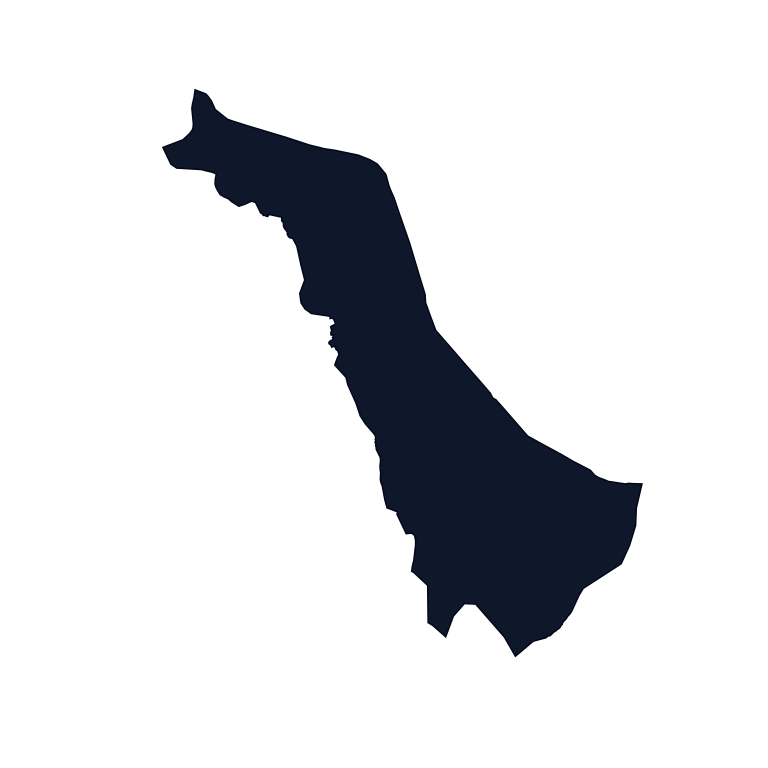 outline of Arewa Dandi, Kebbi, Nigeria, rotated 108°
{"feature_id": "59680162B65662189989638", "entity_name": "Arewa Dandi", "entity_type": "district", "adm_level": 2, "iso_a3": "NGA", "parent_name": "Nigeria", "parent_adm1": "Kebbi", "projection": "orthographic", "projection_center": [4.072, 12.682], "detail": "fine", "context": "isolated", "style": "filled", "palette": "ink", "viewbox_px": 768, "rotation_deg": 108, "n_neighbors": 0, "source": "geoboundaries", "source_scale": "gbopen_adm2", "svg_char_len": 4419}
<svg xmlns="http://www.w3.org/2000/svg" viewBox="0 0 768 768"><g transform="rotate(108 384 384)"><path d="M602.3,174.9L582.5,162.6L575.1,151.3L574.7,151.1L574.3,151.1L573.5,150.5L573.0,150.2L572.8,149.9L572.6,149.3L572.4,148.8L572.1,148.4L571.7,148.1L571.4,148.0L571.0,147.7L570.8,147.5L570.2,147.3L569.7,147.0L569.3,146.9L568.9,146.6L568.2,146.3L567.8,146.0L567.2,145.6L566.8,145.2L566.3,144.8L565.9,144.4L565.0,144.0L564.1,143.3L563.3,142.8L562.5,142.1L561.9,141.8L560.9,141.3L559.9,141.2L558.8,140.9L558.2,140.5L557.6,140.2L557.1,140.3L556.5,140.3L556.1,140.3L555.8,140.3L555.5,140.2L555.0,140.1L554.4,139.8L553.7,139.5L552.8,139.0L551.9,138.7L551.1,138.3L547.6,137.3L546.8,136.8L545.5,136.3L544.3,135.9L543.7,135.7L543.0,135.4L532.3,134.1L525.1,133.3L516.8,131.4L481.7,102.9L461.7,100.6L440.8,101.0L424.0,105.7L399.3,107.8L402.2,117.7L402.7,120.2L404.5,123.7L407.3,140.6L407.3,141.3L407.1,142.0L406.8,147.4L406.8,148.6L406.8,149.3L406.7,149.6L406.8,150.1L406.8,150.4L406.8,150.5L406.7,150.6L406.7,150.8L406.6,151.1L406.6,151.4L406.5,151.9L406.4,152.4L406.1,153.4L405.8,155.2L402.3,161.1L399.0,180.9L396.4,192.7L395.4,197.9L392.7,212.7L389.2,231.0L389.0,231.5L369.0,264.8L364.3,272.9L364.2,274.5L364.0,274.8L363.9,275.5L363.9,276.1L363.6,276.3L359.9,280.1L357.3,284.3L354.1,289.6L342.9,308.3L338.6,315.5L335.3,320.9L330.0,329.7L317.0,351.4L309.8,357.1L302.7,362.7L293.8,369.6L286.1,372.6L269.7,384.1L242.2,403.1L217.8,421.6L203.7,432.1L199.6,435.8L196.1,438.9L193.0,441.2L184.0,447.1L176.9,458.3L176.0,462.3L175.1,466.6L174.3,478.9L176.9,502.9L178.7,513.5L179.8,529.3L179.7,552.3L180.2,576.3L180.6,594.2L180.7,608.9L180.6,614.8L175.1,629.3L174.9,629.5L168.2,635.6L164.7,640.4L164.4,640.9L163.2,643.2L162.6,654.6L169.5,653.3L176.3,652.7L181.0,652.0L185.2,650.2L191.1,647.6L195.3,645.8L198.8,644.9L201.4,644.8L205.8,646.2L214.0,650.8L227.3,667.4L240.7,654.7L242.7,647.9L236.5,624.0L236.2,618.5L235.7,613.4L235.9,609.7L236.8,608.2L240.7,607.9L246.0,606.5L248.6,604.8L251.8,601.6L254.5,598.3L255.5,593.7L255.9,589.3L257.7,585.1L259.8,576.9L256.2,572.1L251.1,566.5L251.0,562.3L259.3,554.3L259.7,553.3L259.7,552.9L259.5,552.2L260.1,551.8L260.6,551.3L260.9,551.2L261.0,550.8L260.8,550.5L260.7,550.2L260.6,549.8L260.6,549.4L260.5,549.1L260.6,548.7L260.8,548.3L260.7,548.1L260.7,547.7L260.7,547.2L260.7,546.8L260.7,546.4L258.3,545.7L256.9,532.4L257.7,532.5L258.4,532.4L259.2,532.1L260.4,531.7L261.3,530.1L261.8,529.6L262.4,529.3L263.1,529.0L263.8,528.5L264.1,528.6L264.6,528.6L265.1,528.1L265.5,527.6L266.3,527.4L266.5,526.7L267.0,526.4L267.7,525.5L268.0,524.5L268.7,524.1L269.3,522.9L270.3,522.5L271.2,522.5L271.5,521.9L272.4,521.5L273.8,519.6L274.0,518.5L273.7,515.8L279.7,509.6L282.2,508.1L297.2,499.3L309.6,491.5L323.9,492.1L332.4,488.0L337.0,482.4L339.4,474.9L336.4,457.3L336.8,455.5L337.3,455.5L337.9,455.7L338.4,455.4L337.9,454.7L337.3,454.0L337.5,453.3L337.6,452.4L338.4,451.5L339.3,450.8L340.0,450.2L340.7,449.5L341.1,448.7L342.0,448.7L342.8,449.5L343.8,450.3L344.4,451.1L345.1,451.8L345.6,452.2L346.1,452.4L346.5,452.0L347.6,451.6L348.2,451.1L348.7,450.4L349.8,450.2L350.8,450.5L351.6,450.4L352.4,450.0L353.0,449.9L353.6,449.8L353.8,449.4L353.5,448.8L353.5,448.3L353.3,447.9L353.8,447.0L354.4,447.1L355.2,447.0L355.9,447.3L356.6,446.5L357.4,446.3L358.1,446.8L358.9,447.7L359.7,448.5L360.3,448.9L361.0,449.1L361.6,449.2L362.2,449.0L362.8,448.5L363.0,447.7L363.2,446.9L363.6,446.6L364.0,446.0L364.4,445.6L365.1,445.2L364.5,444.4L363.8,443.7L363.7,443.3L364.0,442.8L364.0,442.3L363.5,442.1L363.5,441.5L363.2,441.4L363.2,441.0L363.8,440.9L364.5,441.1L365.0,441.0L365.8,440.5L366.4,439.5L366.3,438.7L367.2,437.8L368.4,437.0L368.9,436.6L369.6,436.0L370.3,435.9L371.2,436.2L371.7,436.1L373.3,436.4L375.3,436.4L377.4,436.6L381.2,436.6L389.4,422.2L396.0,418.1L404.1,410.8L410.7,404.8L421.7,396.7L427.7,389.3L434.9,377.4L437.2,375.3L439.3,375.2L440.6,374.4L441.8,374.5L442.6,374.3L442.9,373.7L443.9,373.0L444.8,373.0L445.9,372.5L447.5,371.2L448.3,371.4L454.7,365.1L457.5,363.7L463.5,362.4L467.6,360.7L469.6,359.7L476.2,357.9L478.9,356.3L479.5,355.7L481.7,354.0L493.9,347.4L500.9,342.8L500.9,342.7L501.4,331.7L502.1,331.5L503.9,331.4L519.5,316.6L517.3,311.8L518.5,308.1L523.5,305.4L527.8,304.1L542.2,301.2L549.2,300.6L553.6,299.8L553.9,297.8L562.1,280.2L597.3,268.3L598.6,262.9L605.4,247.2L583.3,246.3L568.0,239.7L565.0,228.8L574.9,212.3L587.4,191.4L602.3,174.9Z" fill="#0f172a" stroke="#020617" stroke-width="1.5"/></g></svg>